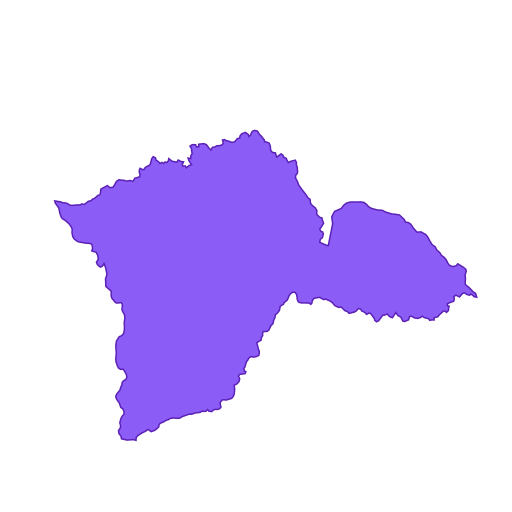 outline of Faina, Goiás, Brazil, rotated 159°
{"feature_id": "56859067B6165476818632", "entity_name": "Faina", "entity_type": "district", "adm_level": 2, "iso_a3": "BRA", "parent_name": "Brazil", "parent_adm1": "Goiás", "projection": "mercator", "projection_center": [-50.379, -15.446], "detail": "fine", "context": "isolated", "style": "filled", "palette": "violet", "viewbox_px": 512, "rotation_deg": 159, "n_neighbors": 0, "source": "geoboundaries", "source_scale": "gbopen_adm2", "svg_char_len": 6120}
<svg xmlns="http://www.w3.org/2000/svg" viewBox="0 0 512 512"><g transform="rotate(159 256 256)"><path d="M64.7,138.4L64.4,142.3L66.1,144.8L68.6,150.7L70.0,152.7L70.8,155.1L68.7,159.4L67.5,163.5L65.2,166.4L64.9,168.5L66.8,171.6L70.4,176.4L72.8,175.1L75.2,175.5L77.0,176.1L79.0,178.6L79.5,180.9L79.8,184.5L80.9,187.5L82.6,190.0L83.2,193.2L85.1,197.0L85.4,200.4L87.5,203.4L88.4,208.2L88.7,211.4L89.7,215.0L93.2,219.3L97.2,220.6L99.1,225.7L100.0,230.0L101.7,232.6L104.3,234.1L104.5,236.9L107.3,242.8L110.7,244.9L114.0,246.5L119.5,250.8L121.7,253.4L124.0,254.5L125.8,255.2L130.5,258.6L132.4,260.4L133.5,262.4L134.3,264.6L136.0,267.3L138.9,269.0L143.0,270.4L146.8,272.0L149.7,272.8L152.9,272.9L155.8,272.0L159.5,269.8L166.5,269.5L168.7,267.8L171.3,265.3L172.9,258.6L184.8,239.8L186.5,240.9L191.6,245.9L190.0,248.5L187.5,249.3L185.2,252.4L185.2,254.7L186.6,255.7L186.9,258.3L184.8,259.5L181.1,262.4L181.2,265.2L180.8,268.0L182.7,269.3L184.4,273.4L182.9,276.5L183.4,279.7L185.3,282.9L186.2,285.6L185.2,289.6L186.5,291.3L187.5,295.8L189.3,301.5L190.7,307.0L190.6,310.3L191.1,315.0L189.9,317.2L187.7,318.4L186.8,320.3L185.6,324.5L185.6,326.8L184.7,328.8L185.0,331.4L190.1,332.0L192.3,331.6L192.7,333.8L192.8,336.4L194.5,338.0L194.9,340.8L196.0,342.4L201.1,340.9L201.2,342.9L200.9,345.4L203.5,346.7L204.4,349.6L203.2,353.6L203.3,356.7L205.6,358.9L207.1,359.7L206.6,361.4L207.3,363.3L208.0,365.8L209.1,368.1L209.9,372.1L212.4,373.8L214.5,373.7L216.0,372.8L217.7,370.9L219.8,370.1L219.7,372.3L221.6,375.2L225.5,375.2L227.8,373.9L229.0,372.0L231.4,372.3L233.1,371.2L235.6,370.1L238.2,371.0L240.4,373.1L242.6,374.5L243.7,376.0L245.7,376.3L246.1,373.1L247.6,372.0L250.0,372.0L253.4,373.0L255.4,372.5L257.7,373.1L260.1,371.1L261.3,373.8L262.4,377.8L264.4,379.6L269.4,380.9L270.4,378.5L272.6,379.4L272.5,381.6L275.7,382.8L278.3,382.2L277.7,379.4L278.6,376.5L278.9,374.5L280.9,373.0L282.0,370.3L284.3,371.8L284.5,369.4L284.1,367.2L283.4,364.3L285.9,364.5L289.4,363.3L289.7,365.4L292.1,366.0L291.9,368.0L289.9,369.9L292.3,371.2L294.2,373.5L296.3,371.9L298.5,373.4L300.4,374.5L302.5,378.2L303.8,376.2L305.7,375.2L307.2,376.4L309.0,375.5L310.2,377.1L312.4,376.7L313.3,379.1L315.0,381.4L314.7,383.7L316.4,385.6L318.4,384.3L321.0,380.7L322.6,379.0L325.9,378.7L328.0,378.2L329.5,376.8L331.2,377.6L332.8,379.4L334.1,378.1L335.0,375.8L335.0,373.9L336.1,371.7L339.0,371.8L341.1,372.1L344.2,369.8L346.4,371.6L350.0,372.3L352.0,373.9L354.4,375.0L356.6,376.3L359.5,375.7L363.3,372.5L365.2,371.4L368.0,372.3L369.5,375.0L375.1,374.3L376.9,374.0L378.7,370.5L379.8,369.0L382.2,369.2L384.4,368.2L386.6,367.6L388.3,367.7L390.2,366.7L392.9,367.2L396.4,366.0L398.3,365.9L400.0,367.1L401.8,366.7L406.0,368.2L409.9,369.2L411.7,370.4L413.0,372.3L414.8,373.8L417.3,374.9L418.7,376.4L424.2,379.6L424.4,377.3L422.9,371.6L423.8,366.1L423.9,361.6L423.1,359.8L421.4,357.7L419.0,353.0L418.1,349.6L418.0,346.9L419.4,343.8L420.1,340.1L419.8,337.5L418.2,334.6L417.1,333.2L415.2,331.9L409.4,328.5L407.7,327.9L405.2,326.1L405.3,323.7L406.0,321.3L407.5,319.7L406.2,318.4L404.1,317.3L403.5,313.3L404.4,309.5L407.2,307.4L407.2,305.3L406.4,303.0L405.1,301.3L402.7,301.7L400.6,303.4L400.6,298.7L401.0,296.7L401.5,293.0L402.5,291.2L404.6,288.8L407.1,281.3L403.8,275.1L405.6,270.4L405.6,268.1L404.3,263.9L403.3,262.2L401.5,261.5L398.5,260.8L398.1,258.6L400.4,253.9L400.4,251.7L399.9,249.4L400.1,247.2L400.8,244.8L403.0,240.9L404.1,237.2L405.4,234.2L407.0,231.6L408.5,230.4L410.2,229.7L412.6,229.7L416.8,226.6L418.9,222.8L419.7,220.5L421.1,215.8L424.0,209.7L424.6,207.3L424.8,203.2L424.6,200.8L423.1,198.7L420.5,197.9L419.9,195.0L419.5,191.6L419.9,189.3L421.8,187.3L424.3,187.0L426.3,185.9L427.3,183.8L429.5,181.8L430.9,179.7L435.1,177.3L437.2,175.4L437.5,172.9L437.0,170.2L436.3,168.2L436.5,163.0L435.0,160.8L435.0,158.0L435.9,155.7L438.0,154.6L440.0,153.1L442.9,149.2L443.2,146.4L443.9,144.5L447.0,142.2L447.6,139.1L446.6,136.5L447.1,133.5L442.4,130.4L436.3,128.5L434.1,126.9L432.9,129.5L430.4,130.7L426.3,131.6L421.8,132.0L418.9,132.8L416.9,129.6L413.3,129.5L411.0,130.1L408.0,131.3L407.2,133.0L405.6,134.1L402.0,134.2L398.5,134.8L396.3,134.6L394.2,135.1L391.4,134.5L387.1,132.4L384.9,132.0L382.4,132.5L375.1,132.3L372.5,131.3L368.7,131.2L365.9,130.4L364.2,130.1L361.8,130.4L360.2,129.5L358.3,129.0L356.2,130.0L355.6,128.0L353.1,126.6L351.1,127.5L349.0,127.4L347.1,126.6L344.8,126.4L342.8,127.5L342.6,129.8L341.9,132.2L339.0,133.7L337.2,133.2L335.8,132.3L333.1,132.0L329.9,131.8L328.1,132.6L326.1,134.5L324.5,137.5L323.6,139.5L322.6,143.2L319.8,143.4L316.9,144.8L315.2,147.3L315.4,150.2L313.6,151.3L308.4,150.1L306.9,151.5L308.0,152.9L307.7,155.3L306.1,156.4L303.0,160.5L301.0,161.7L299.4,163.2L296.7,163.9L294.5,162.4L291.6,162.0L289.0,162.2L287.9,163.9L287.0,166.1L287.2,167.9L286.6,171.9L286.4,174.6L284.0,175.3L281.5,175.5L280.2,177.9L278.3,179.3L277.6,181.3L276.5,182.8L272.3,181.6L270.3,182.4L266.8,185.8L264.6,186.6L262.0,190.3L260.5,191.5L259.0,194.1L256.2,195.2L253.6,196.8L251.5,200.3L249.8,200.8L247.8,201.0L246.5,202.3L242.5,203.7L239.2,207.2L237.3,208.4L234.5,209.1L232.4,207.8L231.9,205.2L233.1,200.2L232.8,197.7L230.6,196.0L223.5,193.2L222.1,191.2L220.6,192.1L219.6,193.9L217.9,195.3L216.1,195.6L211.4,194.6L209.9,192.7L208.3,191.0L206.1,190.7L204.9,189.2L203.2,187.7L201.3,184.8L200.2,181.5L198.9,180.0L197.0,178.3L194.8,177.8L193.6,175.5L192.7,173.2L190.6,171.4L189.7,169.1L184.2,168.4L181.9,168.8L179.3,170.3L177.3,168.8L177.0,166.8L175.6,165.5L174.4,163.7L173.6,161.8L171.0,162.3L169.6,161.2L167.9,155.3L168.2,153.4L167.1,151.4L164.9,151.5L158.8,155.3L157.1,154.7L154.3,154.9L153.5,152.6L152.4,150.8L150.7,149.5L145.8,153.1L144.9,149.6L142.7,147.1L142.3,142.7L140.9,141.6L136.4,141.7L134.4,144.4L132.5,144.1L130.0,141.2L127.2,139.7L124.3,139.7L122.3,140.2L121.0,138.2L117.3,135.5L116.9,133.7L114.3,133.2L112.7,132.4L111.7,134.6L108.1,134.1L105.6,135.5L101.0,137.3L99.4,137.0L98.4,135.1L95.9,136.1L94.9,138.2L93.7,140.0L95.2,140.9L94.3,142.9L90.6,143.0L87.7,142.9L86.3,144.6L85.9,147.2L83.4,147.8L80.7,144.8L76.7,147.0L74.5,146.9L73.0,144.6L70.6,142.8L69.0,143.5L67.8,141.9L67.0,139.9L64.7,138.4Z" fill="#8b5cf6" stroke="#5b21b6" stroke-width="1.5"/></g></svg>